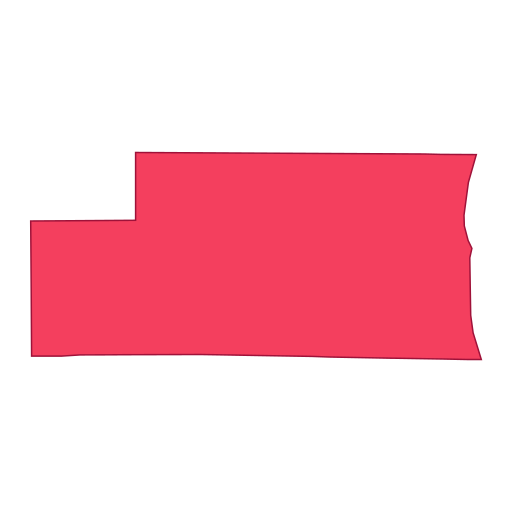 Kenosha, Wisconsin, United States of America
{"feature_id": "52423323B66379277900853", "entity_name": "Kenosha", "entity_type": "district", "adm_level": 2, "iso_a3": "USA", "parent_name": "United States of America", "parent_adm1": "Wisconsin", "projection": "equal_earth", "projection_center": [-88.012, 42.581], "detail": "fine", "context": "isolated", "style": "filled", "palette": "rose", "viewbox_px": 512, "rotation_deg": 0, "n_neighbors": 0, "source": "geoboundaries", "source_scale": "gbopen_adm2", "svg_char_len": 556}
<svg xmlns="http://www.w3.org/2000/svg" viewBox="0 0 512 512"><path d="M30.7,221.0L31.2,288.7L31.6,356.1L61.0,356.1L61.6,356.1L80.3,354.9L109.9,354.8L124.8,354.7L125.5,354.7L200.5,354.5L219.3,354.8L258.9,355.5L312.1,356.4L328.9,357.0L392.3,358.2L394.3,358.2L442.8,359.0L467.5,359.5L481.3,359.5L473.1,332.8L470.7,315.3L470.2,284.6L469.8,257.8L471.9,248.4L468.1,240.5L467.5,238.2L464.3,225.9L464.0,215.2L468.4,182.4L476.3,154.6L440.5,154.4L424.5,154.0L135.6,152.5L135.6,220.3L62.9,220.8L30.7,221.0Z" fill="#f43f5e" stroke="#9f1239" stroke-width="1.5"/></svg>